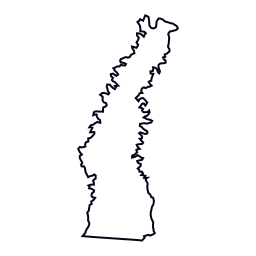 the district of Campo Bonito, Paraná, Brazil
{"feature_id": "56859067B87655407329693", "entity_name": "Campo Bonito", "entity_type": "district", "adm_level": 2, "iso_a3": "BRA", "parent_name": "Brazil", "parent_adm1": "Paraná", "projection": "robinson", "projection_center": [-53.005, -24.903], "detail": "fine", "context": "isolated", "style": "outline", "palette": "ink", "viewbox_px": 256, "rotation_deg": 0, "n_neighbors": 0, "source": "geoboundaries", "source_scale": "gbopen_adm2", "svg_char_len": 4348}
<svg xmlns="http://www.w3.org/2000/svg" viewBox="0 0 256 256"><path d="M91.4,137.2L89.9,138.1L88.2,138.4L88.3,141.5L85.9,142.3L85.1,144.3L85.4,146.5L82.1,147.4L79.7,147.0L78.2,149.0L79.8,152.1L81.9,154.6L79.9,155.7L79.7,157.7L80.6,159.8L81.6,161.3L82.3,163.1L81.0,164.6L81.7,166.4L83.8,166.3L85.0,168.2L85.5,171.8L86.3,173.6L87.1,175.0L88.2,177.2L89.9,176.2L92.6,175.6L94.3,174.4L95.7,175.6L95.6,178.6L94.3,179.4L93.1,180.6L93.9,182.9L93.9,184.7L92.1,184.6L90.2,184.8L88.4,185.5L89.6,186.7L89.1,188.3L90.5,188.5L92.3,189.2L94.1,190.4L93.7,192.1L92.1,193.0L91.5,194.7L91.7,196.4L93.1,197.4L95.1,197.8L93.9,199.7L91.1,201.6L91.7,204.0L89.7,204.9L89.1,208.2L88.8,210.6L87.2,212.7L87.8,214.6L88.2,217.3L88.1,220.6L89.3,223.0L89.1,225.1L88.3,226.8L87.0,228.7L86.0,230.6L85.3,233.0L84.1,234.2L82.6,236.1L93.1,237.0L126.7,239.3L128.5,239.4L138.2,240.1L141.9,240.6L144.6,237.8L144.0,236.2L148.4,234.8L150.2,235.6L151.6,235.0L153.5,234.1L154.8,233.0L153.5,230.7L153.6,229.1L152.9,227.2L153.2,222.0L151.5,218.9L150.8,215.6L150.6,213.5L152.0,206.7L153.2,204.9L153.6,203.4L153.9,200.7L153.1,197.6L151.3,197.2L150.3,194.7L148.3,192.8L147.7,190.4L147.2,186.1L147.7,184.2L147.2,182.3L146.0,180.8L145.6,179.1L147.3,177.8L144.1,177.8L145.3,175.8L143.8,175.5L141.3,175.0L143.0,173.5L142.0,171.7L139.5,171.7L138.9,169.5L137.7,168.5L139.5,167.0L140.7,165.8L140.8,164.0L139.0,163.4L137.8,162.6L137.2,161.0L139.3,160.4L142.0,159.9L143.1,158.1L141.2,157.6L139.6,156.3L137.4,155.1L135.7,156.5L134.1,157.1L132.1,157.6L132.2,155.7L134.2,154.8L136.0,153.3L137.2,152.2L136.3,150.0L137.7,149.2L139.7,148.8L138.3,147.6L137.3,146.3L136.7,144.8L138.4,144.3L142.2,143.9L143.2,142.5L141.3,140.6L139.7,138.8L141.9,138.3L142.1,136.3L141.0,135.1L139.1,133.2L140.3,132.3L141.9,132.9L143.9,133.6L145.4,134.0L147.3,133.4L147.3,131.4L144.4,129.6L142.9,128.5L142.0,127.2L139.8,126.0L140.1,123.8L141.7,123.6L144.3,123.2L145.9,123.6L147.6,123.5L149.0,123.0L151.3,122.4L152.2,120.9L150.9,120.1L149.2,119.6L147.1,119.2L145.3,118.2L143.6,117.5L144.7,116.5L146.9,115.9L148.7,114.0L149.6,112.2L149.2,110.5L147.3,112.1L145.4,112.2L143.3,112.1L142.0,110.5L143.1,108.9L141.6,108.1L139.4,107.5L140.8,105.8L141.9,103.9L143.7,103.4L145.3,105.6L146.5,103.9L147.2,102.5L145.7,100.7L144.5,99.4L142.9,98.0L141.2,98.3L139.4,99.3L138.5,101.2L137.3,99.9L135.7,98.1L138.5,95.4L139.8,93.1L142.3,93.0L141.2,91.1L141.8,88.6L143.8,87.3L145.6,88.2L147.9,86.8L149.6,86.7L151.6,85.7L150.3,84.3L148.7,81.9L149.9,81.1L151.3,80.7L151.5,78.6L152.2,76.6L153.4,73.8L150.6,73.5L150.4,71.4L152.9,70.9L153.3,69.0L153.0,67.3L155.2,67.7L156.9,69.0L157.9,72.1L159.2,73.3L160.0,71.5L159.0,68.9L158.4,67.0L158.6,64.9L160.2,63.5L163.7,63.2L165.7,62.6L165.5,60.4L164.1,59.6L163.0,57.4L165.3,56.8L164.7,54.4L166.8,53.7L169.5,51.3L169.4,49.1L168.1,47.0L168.2,45.3L168.7,43.7L169.2,37.5L168.2,33.9L169.8,31.5L171.7,31.2L176.1,30.0L177.8,28.4L177.0,26.4L175.7,25.4L172.6,23.5L170.9,23.3L167.1,22.0L165.1,21.6L163.6,20.1L162.4,19.4L160.7,18.7L158.6,18.5L156.5,21.7L156.4,24.2L156.0,27.1L153.6,28.5L151.1,27.8L149.4,25.7L149.0,19.5L148.4,16.8L145.3,15.4L144.1,18.2L143.1,20.7L140.1,19.2L139.1,20.9L137.4,22.0L139.2,24.5L140.0,25.9L140.4,29.0L140.3,31.1L141.9,31.4L144.3,31.8L145.9,33.3L144.7,34.3L143.8,36.7L141.4,34.4L139.0,33.3L137.0,33.3L137.1,35.6L138.8,37.7L138.1,39.9L136.5,42.6L138.1,44.8L137.5,46.4L136.2,47.9L134.7,47.2L132.0,46.5L132.3,48.1L134.0,50.9L134.4,53.2L132.3,54.1L130.7,55.2L130.0,56.8L128.1,57.7L126.1,57.1L124.1,57.7L120.8,59.2L120.1,60.5L120.6,62.2L122.2,62.6L124.1,63.0L126.0,64.0L125.2,65.4L122.9,65.5L121.0,64.6L119.7,66.3L116.8,66.6L114.9,67.7L113.4,68.2L115.0,70.9L116.9,72.5L118.1,74.6L116.3,75.9L113.0,73.6L110.8,74.1L111.0,76.0L113.0,77.9L111.9,80.0L113.2,81.4L114.8,82.0L116.5,83.8L118.2,85.7L114.9,86.0L115.9,87.4L114.8,89.1L113.0,88.0L110.9,86.0L109.9,84.7L107.3,84.5L106.7,87.0L107.5,88.7L107.7,90.6L109.3,93.1L108.3,94.4L105.7,93.3L103.9,92.9L102.2,93.1L100.1,94.8L101.6,95.8L102.7,96.9L102.6,98.7L102.6,100.4L103.8,102.3L106.0,103.1L106.7,105.2L105.6,106.5L103.3,107.4L103.0,109.2L103.0,111.7L99.0,111.5L96.6,111.4L95.0,111.5L93.8,112.4L93.3,115.2L94.9,114.5L96.6,114.5L96.8,116.4L98.1,118.7L100.1,120.2L100.3,122.8L97.1,122.0L94.8,123.4L93.2,124.7L90.7,125.3L89.4,127.3L90.9,127.2L92.4,127.9L90.2,132.3L94.3,132.1L94.4,133.8L93.0,135.4L91.4,137.2Z" fill="none" stroke="#020617" stroke-width="2"/></svg>